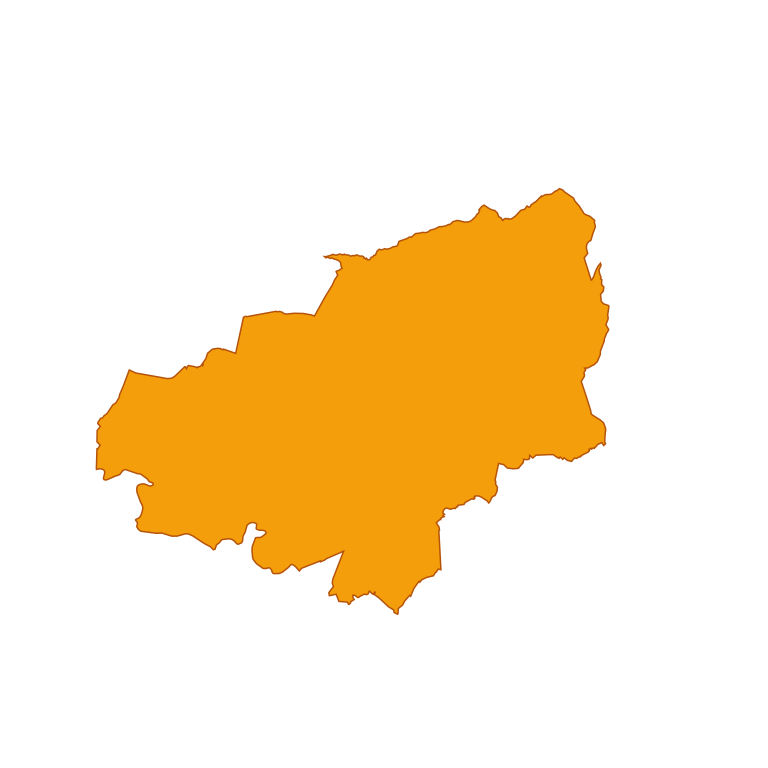 Penjamillo, Michoacán, Mexico (Albers equal-area conic projection), rotated 216°
{"feature_id": "50627088B96550332403790", "entity_name": "Penjamillo", "entity_type": "district", "adm_level": 2, "iso_a3": "MEX", "parent_name": "Mexico", "parent_adm1": "Michoacán", "projection": "albers", "projection_center": [-101.903, 20.095], "detail": "fine", "context": "isolated", "style": "filled", "palette": "amber", "viewbox_px": 768, "rotation_deg": 216, "n_neighbors": 0, "source": "geoboundaries", "source_scale": "gbopen_adm2", "svg_char_len": 6171}
<svg xmlns="http://www.w3.org/2000/svg" viewBox="0 0 768 768"><g transform="rotate(216 384 384)"><path d="M342.6,183.0L342.3,186.6L331.5,203.5L330.9,202.8L328.6,206.6L327.7,209.3L318.4,225.0L310.7,196.1L308.9,192.6L305.9,190.4L306.0,182.8L303.8,180.6L299.1,185.8L292.7,181.6L285.4,186.1L283.4,184.9L282.8,185.1L282.3,186.8L282.9,188.5L281.4,192.1L283.5,192.9L285.0,194.6L284.9,195.1L283.5,195.8L280.0,195.8L279.1,196.5L278.4,198.6L276.6,202.1L276.2,202.6L274.3,203.3L273.5,204.9L274.1,207.8L269.2,207.4L269.0,211.0L268.0,208.0L262.2,208.0L249.3,206.4L243.3,206.9L241.6,205.1L237.8,205.7L237.7,206.4L240.5,210.8L239.0,216.1L239.7,220.7L239.0,228.2L237.7,228.0L239.7,236.4L239.7,245.0L238.5,244.7L238.3,248.0L235.8,252.6L231.3,257.9L231.6,261.2L231.2,262.5L231.3,266.2L228.8,267.2L253.2,297.3L253.2,298.4L255.4,300.6L260.1,302.4L259.0,308.0L258.5,307.9L259.1,309.5L257.4,312.1L259.0,312.4L258.4,314.1L260.8,314.4L261.5,316.3L261.5,318.6L261.0,319.9L259.3,321.0L256.9,321.5L254.3,324.7L253.2,325.0L252.9,327.6L252.4,327.9L252.9,328.2L252.9,329.3L248.5,333.6L248.7,335.9L245.8,342.1L245.0,343.0L243.8,343.4L243.4,344.3L243.3,344.7L244.3,345.0L244.1,346.1L244.7,346.3L244.0,347.4L241.5,349.1L238.8,349.7L232.0,350.1L229.3,349.3L229.2,351.3L230.0,355.3L229.8,357.0L228.6,359.1L229.4,363.3L231.5,367.1L234.9,368.6L236.3,370.8L237.7,371.6L244.6,387.1L239.9,389.1L234.8,388.5L229.7,391.3L225.8,394.6L225.2,402.1L226.3,404.6L226.9,405.1L223.8,406.8L222.9,407.8L222.4,409.0L224.2,411.9L220.2,411.5L219.1,415.8L208.8,424.0L205.6,426.3L200.3,426.4L200.3,426.7L198.6,426.9L198.6,428.5L195.1,428.1L194.9,430.2L190.7,430.0L186.8,431.6L186.4,435.8L184.3,437.2L182.9,440.7L182.3,440.6L182.0,442.8L178.9,448.8L178.5,450.7L179.8,451.8L178.8,453.6L178.0,453.1L176.7,455.8L176.0,455.7L175.4,461.7L174.7,462.1L173.4,464.6L170.0,463.4L169.7,466.0L171.2,466.7L174.4,471.4L177.1,476.0L177.2,476.7L178.0,477.2L178.6,478.3L183.4,481.6L188.0,482.0L196.6,481.4L198.8,481.6L201.2,484.0L212.2,492.2L225.9,502.0L226.4,507.7L227.2,509.3L228.5,510.2L229.1,511.4L229.1,514.0L231.0,514.8L228.6,516.7L225.2,523.7L224.6,527.5L226.3,534.9L228.3,538.0L231.1,548.3L232.2,549.8L233.5,555.3L233.9,555.6L233.7,557.4L234.3,560.2L239.3,562.3L240.9,568.2L241.7,569.5L243.5,571.1L247.7,579.1L248.3,579.5L253.6,577.9L256.9,578.6L261.5,583.8L261.2,588.0L263.2,591.7L266.5,592.4L269.2,596.5L270.5,596.3L271.2,597.9L274.9,600.4L277.1,602.7L278.2,607.7L279.9,608.9L280.1,605.0L279.3,600.2L277.4,593.8L277.1,590.1L277.6,589.9L296.1,603.6L296.0,609.4L300.1,612.8L301.9,615.8L302.2,617.6L301.9,620.4L301.2,621.1L301.1,622.0L303.3,628.0L305.2,634.7L305.7,635.8L308.5,638.1L309.8,640.2L315.9,640.7L321.0,639.4L322.3,639.4L330.6,642.7L336.8,644.1L340.0,645.8L351.0,645.5L353.0,646.0L356.7,645.3L357.3,644.1L357.7,642.0L358.8,640.8L359.9,636.7L360.7,635.3L364.6,632.2L366.9,627.7L367.2,628.1L368.3,621.1L370.3,615.7L370.0,613.3L370.9,612.1L372.9,612.1L372.9,608.1L375.4,604.9L376.3,597.5L377.5,593.5L378.6,591.9L380.1,590.6L380.9,590.8L382.0,589.5L382.9,589.5L383.8,588.2L384.1,586.1L387.1,587.2L389.6,586.8L392.6,588.9L396.3,589.5L399.0,588.3L401.8,587.8L408.2,587.5L409.2,585.2L409.6,581.0L409.2,580.3L408.6,580.4L407.9,577.5L408.5,576.7L408.3,572.7L409.3,567.8L410.0,566.2L410.9,564.8L414.0,562.4L420.8,559.5L423.7,555.7L424.4,551.7L425.4,551.2L427.0,548.3L429.0,546.0L431.9,543.5L434.0,539.3L437.1,535.5L437.9,532.5L439.9,530.5L442.1,529.2L443.6,527.3L446.9,524.2L448.1,519.0L449.8,517.9L451.0,515.0L455.7,508.2L454.6,504.5L454.7,503.1L457.5,500.0L458.6,497.6L460.2,495.5L461.7,494.3L462.7,494.1L465.0,490.9L467.0,490.3L467.7,487.5L466.7,483.2L467.9,481.9L467.8,480.3L468.9,478.8L468.6,476.3L469.9,474.9L472.2,475.4L472.1,474.4L473.4,474.5L474.5,474.1L474.7,474.8L476.6,474.8L479.0,473.1L481.7,472.6L482.7,471.5L482.9,470.6L484.4,469.9L486.3,467.7L487.6,467.8L491.7,465.7L492.5,465.7L493.3,464.0L495.1,463.7L496.3,463.0L498.5,460.0L501.9,458.6L502.2,457.5L506.0,452.7L507.0,452.1L505.3,451.9L503.8,453.6L501.4,453.9L500.2,455.4L497.8,455.7L496.2,456.5L493.2,457.1L490.6,456.8L487.8,453.9L485.9,453.1L487.4,449.2L488.7,447.6L488.8,446.8L485.4,444.8L485.1,438.9L484.0,433.9L482.9,419.9L480.2,398.1L483.4,397.2L490.6,393.7L498.3,388.4L503.9,383.3L506.4,382.1L508.2,382.3L510.0,381.7L511.5,381.1L512.5,379.8L514.0,379.4L534.2,358.2L536.0,357.1L536.9,355.4L522.0,321.6L534.3,317.9L534.4,317.0L537.1,316.5L539.4,315.2L543.3,311.3L544.8,305.1L543.0,299.7L542.9,293.5L541.9,293.7L541.4,292.2L542.7,292.4L543.2,289.7L544.6,288.6L544.8,287.3L547.2,286.8L553.1,284.0L553.3,281.7L552.8,280.4L555.1,281.1L555.4,280.8L557.7,267.6L558.6,265.1L559.6,263.5L562.3,261.1L591.3,247.0L598.3,245.6L593.7,229.0L591.7,220.3L590.1,216.5L590.3,215.7L589.8,211.2L591.1,207.9L590.7,197.3L591.8,193.9L591.8,191.1L593.1,189.6L592.9,184.9L592.3,183.7L588.6,183.0L588.7,177.7L582.2,168.5L577.7,167.7L577.5,162.8L578.0,162.7L567.2,146.8L566.4,145.9L564.8,147.8L562.8,149.1L561.1,149.7L559.5,149.6L558.5,149.0L557.5,147.6L555.6,142.7L554.2,142.1L552.6,142.8L551.4,144.4L547.4,151.3L544.6,155.3L544.4,160.0L543.9,161.7L542.6,162.9L530.7,166.6L528.1,168.1L520.0,168.1L516.5,167.0L512.9,168.0L511.6,167.1L511.6,166.1L513.1,163.9L519.4,162.2L521.6,160.4L523.1,158.2L523.5,156.4L522.7,154.3L520.3,151.3L512.0,145.7L507.5,143.3L506.1,141.7L504.4,138.1L503.5,134.9L503.3,132.2L505.2,128.3L504.7,127.7L502.2,127.1L501.0,125.3L500.3,123.3L497.5,122.0L494.1,122.0L480.1,129.6L476.2,132.8L466.2,136.2L462.0,139.3L456.6,146.1L453.9,147.8L449.5,148.7L435.6,149.3L428.8,150.3L424.5,149.6L423.6,151.0L425.0,155.5L424.0,158.3L423.7,162.8L418.5,167.7L415.8,168.8L413.0,169.1L409.2,168.2L407.7,168.7L405.9,171.8L406.1,173.7L408.6,178.0L409.3,182.8L411.7,189.0L411.2,191.7L410.1,193.6L408.5,195.0L407.0,195.7L405.5,196.0L404.4,195.5L402.5,192.0L401.7,191.6L398.7,192.5L396.5,194.2L394.6,195.0L393.3,195.2L391.7,194.1L392.0,192.0L393.2,188.2L393.9,187.1L397.1,184.7L397.5,183.8L395.0,175.0L392.8,171.5L388.3,166.4L386.7,165.2L381.7,163.7L373.6,163.7L371.4,165.0L369.1,167.7L368.1,168.0L365.8,167.5L363.3,165.7L361.9,165.7L357.6,168.9L355.7,171.7L353.5,179.5L353.2,182.8L352.6,183.8L350.8,184.3L348.0,184.2L342.6,183.0Z" fill="#f59e0b" stroke="#b45309" stroke-width="1.5"/></g></svg>